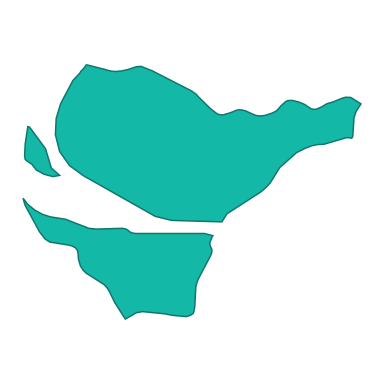 outline of Essequibo Islands-West Demerara, rotated 270°
{"feature_id": "GUY-678", "entity_name": "Essequibo Islands-West Demerara", "entity_type": "Region", "adm_level": 1, "iso_a3": "GUY", "parent_name": "Guyana", "parent_adm1": "", "projection": "mercator", "projection_center": [-58.442, 6.542], "detail": "fine", "context": "isolated", "style": "filled", "palette": "teal", "viewbox_px": 384, "rotation_deg": 270, "n_neighbors": 0, "source": "natural_earth", "source_scale": "10m", "svg_char_len": 1969}
<svg xmlns="http://www.w3.org/2000/svg" viewBox="0 0 384 384"><g transform="rotate(270 192 192)"><path d="M162.1,222.4L163.6,171.5L167.6,155.3L208.2,83.5L218.4,69.5L232.5,59.6L249.4,55.4L265.7,56.2L280.5,60.7L303.5,72.9L311.0,79.9L312.9,81.0L314.1,82.4L317.3,85.1L319.0,86.0L319.1,87.0L314.7,104.5L313.8,107.3L312.8,111.8L312.5,115.4L313.1,121.7L314.5,128.1L317.2,136.1L317.5,138.5L317.5,141.4L313.2,152.2L292.9,191.8L289.7,196.2L289.2,196.7L288.3,197.3L275.5,210.3L270.8,216.3L269.8,217.9L269.2,220.3L269.1,223.1L271.3,230.5L273.8,236.6L274.2,238.9L274.1,241.7L273.1,245.6L269.3,254.0L268.6,256.1L268.1,258.4L268.1,261.5L268.7,265.4L270.8,271.8L272.3,275.0L273.7,277.1L278.3,281.1L282.1,285.3L283.1,286.9L283.6,289.5L283.5,292.9L281.9,299.0L279.5,304.7L276.2,309.5L275.2,311.3L274.7,313.5L274.7,316.0L277.1,321.6L280.1,326.6L280.8,328.5L281.9,332.6L285.7,341.9L286.8,345.8L286.5,350.9L280.1,361.0L273.4,356.6L270.4,355.3L266.1,354.0L249.2,352.9L247.1,352.6L245.8,351.7L246.3,348.3L246.3,346.2L239.9,324.5L239.6,322.1L239.6,319.5L239.2,316.1L238.3,312.2L236.0,305.8L231.4,296.6L216.5,279.8L200.8,270.0L196.8,266.3L192.0,260.7L170.3,227.1L162.2,221.9L162.1,222.4ZM185.8,23.0L179.6,27.8L173.8,34.9L169.6,42.6L167.1,50.5L164.8,65.4L155.7,88.7L154.9,96.9L155.7,122.3L154.9,126.3L151.3,131.1L150.5,135.5L150.5,204.5L148.3,212.9L147.5,212.3L141.5,209.9L139.5,209.9L136.6,210.8L134.7,211.9L131.7,211.8L128.1,210.5L105.2,198.4L101.3,196.9L96.9,195.8L77.6,194.8L72.9,194.0L70.7,193.3L68.9,190.8L67.4,186.5L68.6,173.0L70.2,164.5L72.4,142.6L71.3,136.5L64.9,125.3L81.4,114.8L93.6,108.8L96.5,106.8L99.6,103.8L110.9,86.1L114.1,82.9L118.1,80.4L125.0,78.4L129.7,78.2L133.4,77.5L136.0,75.7L138.0,72.1L138.9,68.8L141.9,49.8L145.1,45.0L152.2,39.5L178.5,25.2L185.8,23.0ZM240.1,25.2L257.4,27.8L257.0,29.5L235.3,45.5L216.1,51.3L208.6,59.6L207.4,53.0L209.7,44.2L213.8,36.5L219.6,32.0L223.2,26.7L224.6,25.2L228.1,24.6L240.1,25.2Z" fill="#14b8a6" stroke="#0f766e" stroke-width="1.5"/></g></svg>